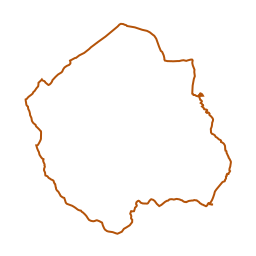 Ostra, Suceava, Romania (orthographic projection), rotated 355°
{"feature_id": "2599482B94281064097265", "entity_name": "Ostra", "entity_type": "district", "adm_level": 2, "iso_a3": "ROU", "parent_name": "Romania", "parent_adm1": "Suceava", "projection": "orthographic", "projection_center": [25.755, 47.362], "detail": "fine", "context": "isolated", "style": "outline", "palette": "amber", "viewbox_px": 256, "rotation_deg": 355, "n_neighbors": 0, "source": "geoboundaries", "source_scale": "gbopen_adm2", "svg_char_len": 5780}
<svg xmlns="http://www.w3.org/2000/svg" viewBox="0 0 256 256"><g transform="rotate(355 128 128)"><path d="M206.0,211.6L203.9,211.2L203.1,210.9L202.9,210.4L203.0,210.0L204.1,209.0L205.5,207.0L206.7,204.7L208.2,201.3L208.6,200.0L209.1,198.8L210.7,196.9L217.2,190.3L218.2,189.8L219.6,189.5L220.1,188.7L220.2,188.0L221.1,187.0L221.3,186.6L221.3,186.1L221.3,185.6L221.3,185.1L221.7,184.8L221.8,184.4L222.2,184.2L222.1,183.6L222.4,183.3L222.4,182.9L222.8,182.3L223.1,182.3L223.7,182.6L224.1,182.6L224.2,182.4L224.2,181.9L225.4,180.6L225.6,180.2L225.9,179.8L225.6,179.4L225.3,178.9L225.6,177.3L226.6,175.0L226.7,174.4L227.1,172.8L227.5,171.2L227.5,170.3L226.3,167.3L225.7,166.4L225.7,166.0L225.6,165.4L225.4,165.2L225.3,164.6L224.9,163.7L224.6,162.8L224.4,162.2L224.1,161.7L224.0,159.7L223.6,159.2L223.1,159.0L223.1,158.4L223.1,157.9L222.9,157.4L223.1,156.8L223.0,156.0L223.1,155.6L223.0,154.0L222.6,153.0L222.1,152.0L221.3,151.2L220.4,150.5L219.9,150.3L219.4,150.0L219.4,149.7L219.6,149.0L219.4,148.4L218.8,147.9L217.8,147.4L216.6,146.2L216.2,145.6L214.5,144.4L213.9,142.9L212.6,141.8L211.1,141.1L210.3,139.7L210.4,137.6L210.4,136.2L211.5,134.0L212.0,132.1L212.3,130.1L213.2,128.3L213.5,126.9L213.2,125.8L211.9,123.8L210.3,122.2L210.2,121.6L210.5,120.9L210.1,120.1L209.6,119.6L208.6,119.9L207.8,119.8L207.1,119.0L207.3,118.5L208.2,117.9L208.4,117.1L207.9,116.6L205.5,115.9L205.4,115.0L204.9,114.5L203.6,113.0L204.3,112.6L204.5,112.3L204.8,112.2L204.7,111.5L204.3,111.3L203.9,110.8L203.6,110.2L202.6,109.4L203.2,108.8L203.9,108.0L203.8,107.4L202.9,106.4L202.4,106.2L202.2,105.1L201.8,103.7L201.8,103.3L202.2,102.7L202.9,102.3L204.8,102.4L205.5,102.4L204.8,100.9L204.4,100.6L204.1,100.5L203.7,100.3L203.4,99.8L203.1,99.8L202.8,100.0L202.9,100.5L202.2,101.0L201.9,101.1L201.4,101.5L201.0,102.7L198.9,102.0L197.6,101.0L196.1,100.8L195.8,99.9L195.0,99.4L195.3,97.1L196.1,91.4L197.9,84.8L199.1,82.2L198.9,78.1L199.3,75.6L198.8,74.0L198.0,71.3L197.7,68.8L198.3,66.2L197.9,65.5L196.9,65.3L195.9,65.4L193.6,65.8L191.9,66.2L189.2,65.3L187.2,65.4L184.7,65.8L182.4,65.6L179.2,65.5L173.1,64.8L170.6,64.0L170.2,62.9L170.3,61.6L169.9,58.8L168.7,55.2L167.4,54.0L166.1,49.9L163.9,41.5L162.2,38.4L160.8,37.2L158.1,34.6L155.4,32.9L150.7,31.4L143.5,28.3L135.9,26.3L135.4,25.6L134.5,25.1L133.5,24.8L132.5,24.1L130.0,23.6L128.5,24.2L126.5,26.0L113.5,35.0L105.9,39.5L98.2,44.3L96.1,46.0L90.9,49.4L85.8,51.4L82.4,53.6L81.5,53.6L80.2,54.1L77.9,55.1L76.1,55.8L76.4,57.2L76.2,58.8L74.9,60.0L72.4,60.8L70.0,62.2L68.5,64.0L67.5,65.9L66.6,66.8L63.0,68.6L60.2,70.8L56.9,73.8L56.4,75.0L55.5,76.2L54.6,77.1L53.5,77.9L52.5,78.2L52.0,77.8L49.6,75.4L49.4,74.7L48.6,73.9L47.8,73.6L46.8,73.0L46.4,72.1L45.4,73.1L42.8,75.1L42.5,77.1L42.1,78.7L40.3,80.4L38.2,83.0L36.8,84.0L36.0,85.4L34.8,86.3L32.2,87.9L31.0,88.8L29.7,90.2L28.5,90.6L28.5,91.2L28.5,91.3L28.5,92.3L28.6,93.0L28.8,96.1L29.2,96.9L30.2,98.0L30.2,99.1L30.3,100.0L30.3,100.4L31.1,102.3L31.4,103.8L31.5,104.6L31.6,105.2L31.6,106.2L31.6,106.7L32.6,109.3L32.7,110.0L32.9,112.5L33.8,114.4L34.6,115.3L36.2,116.8L36.3,117.1L36.4,117.8L36.6,118.4L37.8,119.7L39.7,122.0L40.1,122.7L40.3,123.0L40.7,123.3L41.0,123.7L41.0,125.0L40.3,131.3L39.7,132.6L38.5,134.6L36.9,136.9L36.0,137.4L35.4,137.3L35.1,137.3L35.4,138.6L35.6,139.8L36.0,141.2L36.5,142.8L37.1,144.1L37.5,146.9L38.8,149.4L39.6,150.6L40.3,151.3L41.1,151.6L41.1,151.9L41.0,152.4L40.6,153.1L40.7,153.8L41.1,155.3L41.5,156.2L41.7,157.0L41.7,157.6L41.5,158.1L41.7,158.6L41.8,159.2L41.7,159.6L40.9,161.1L40.9,161.6L40.6,162.5L41.0,163.9L41.3,164.6L41.5,165.5L41.5,167.0L41.6,168.1L43.4,169.0L43.8,169.4L44.4,170.5L45.0,171.1L45.8,171.6L46.8,172.5L48.1,173.2L49.0,173.8L49.2,174.1L49.3,174.5L49.5,175.6L49.7,175.8L49.7,176.2L49.8,176.5L50.1,177.2L50.4,177.3L50.6,177.7L50.7,179.3L50.7,179.5L50.8,179.7L50.8,180.5L50.9,180.9L51.1,181.3L51.0,181.9L51.2,182.9L51.9,184.2L53.0,185.3L54.4,188.3L54.9,189.7L56.8,191.4L58.4,192.1L59.0,194.5L59.5,196.9L60.0,197.6L60.3,198.0L60.7,198.3L65.6,200.6L67.8,202.2L69.2,203.4L70.8,204.9L72.4,205.8L73.9,206.2L74.6,207.4L75.7,208.2L77.5,210.2L78.9,212.1L80.2,214.6L81.2,216.2L82.9,217.2L84.5,217.7L85.7,217.9L87.2,217.6L88.5,217.2L89.2,217.3L91.3,218.3L93.1,219.5L93.9,220.0L94.5,223.0L95.4,225.6L96.1,227.1L98.0,228.8L99.4,229.4L103.7,230.4L106.9,231.9L108.3,232.4L112.8,230.8L115.1,228.1L117.9,226.8L121.2,225.1L123.9,222.2L124.1,220.8L124.2,219.7L123.6,219.0L123.2,218.3L123.3,217.4L123.6,216.2L123.4,214.9L122.9,214.1L122.8,213.2L123.3,212.5L123.7,211.2L124.0,211.1L125.0,211.4L126.7,211.4L127.4,209.9L128.1,207.9L129.0,207.3L129.7,206.6L130.0,206.1L129.9,205.3L129.5,204.9L129.5,204.0L129.9,202.8L131.2,201.7L132.2,201.4L133.0,201.9L134.3,203.6L136.3,204.5L138.3,204.7L140.5,205.0L141.3,204.7L142.9,202.6L144.2,201.4L144.9,201.0L146.7,201.7L148.2,203.0L150.1,206.1L152.3,208.5L154.6,207.5L156.9,205.9L158.5,204.8L159.1,204.5L160.5,203.9L161.3,203.9L161.7,203.8L162.1,203.5L162.7,203.0L163.1,202.8L163.7,202.7L165.3,202.7L166.6,203.0L167.4,203.3L167.7,203.3L168.4,203.1L169.0,203.1L169.6,202.9L170.2,202.9L170.9,203.0L171.7,203.3L172.5,203.4L172.8,203.5L173.3,203.8L173.9,204.0L174.7,204.5L175.6,204.8L176.6,205.8L177.7,206.5L178.1,206.6L179.1,206.7L179.3,206.9L179.5,206.9L179.6,206.7L180.0,206.7L180.3,206.7L180.5,206.6L181.8,206.1L182.3,206.0L182.8,205.9L183.0,205.9L183.6,205.9L185.3,205.8L186.5,205.9L187.5,205.6L188.0,205.6L188.7,205.9L189.5,205.9L189.9,206.1L190.3,206.2L190.6,206.6L191.8,207.5L192.5,208.2L192.7,208.6L193.3,209.3L194.0,209.7L194.5,210.2L194.9,210.5L196.2,211.1L196.7,211.5L197.2,211.7L198.8,212.7L199.1,212.7L199.5,212.5L200.1,211.9L200.5,211.5L200.7,210.9L201.0,210.5L201.7,209.8L202.2,209.9L202.5,210.0L202.5,210.4L202.5,210.8L202.7,211.0L203.1,211.0L203.5,211.2L204.0,211.3L204.6,211.6L206.0,211.6Z" fill="none" stroke="#b45309" stroke-width="2"/></g></svg>